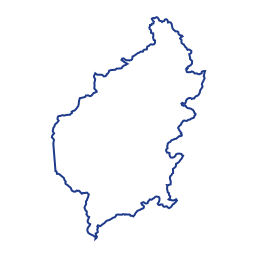 Eldorado, São Paulo, Brazil, rotated 181°
{"feature_id": "56859067B14328004408420", "entity_name": "Eldorado", "entity_type": "district", "adm_level": 2, "iso_a3": "BRA", "parent_name": "Brazil", "parent_adm1": "São Paulo", "projection": "albers", "projection_center": [-48.263, -24.501], "detail": "fine", "context": "isolated", "style": "outline", "palette": "blue", "viewbox_px": 256, "rotation_deg": 181, "n_neighbors": 0, "source": "geoboundaries", "source_scale": "gbopen_adm2", "svg_char_len": 5737}
<svg xmlns="http://www.w3.org/2000/svg" viewBox="0 0 256 256"><g transform="rotate(181 128 128)"><path d="M106.1,237.7L105.3,236.1L104.1,234.9L104.4,232.9L106.0,232.6L106.3,231.4L107.8,231.3L107.8,230.0L108.4,228.9L108.2,227.8L106.8,226.2L106.5,224.8L106.7,223.7L105.7,223.1L104.5,223.1L104.2,220.8L104.6,219.2L103.8,216.4L102.5,216.0L102.5,213.8L103.2,212.4L104.8,211.8L106.3,212.1L107.4,211.7L108.4,210.6L110.2,209.7L110.5,207.0L113.2,206.5L114.1,205.7L114.4,204.6L116.9,204.5L117.8,203.7L119.4,203.1L122.0,201.1L123.7,200.0L124.7,199.6L124.8,198.3L125.2,196.7L126.0,196.0L127.7,195.5L129.1,195.8L130.3,195.6L131.3,195.9L132.2,196.4L133.6,197.5L135.0,197.3L135.7,195.9L132.4,193.6L129.7,192.1L132.1,190.7L133.4,190.2L134.7,189.1L135.3,187.8L136.2,187.4L137.2,187.5L138.3,187.2L139.5,187.2L140.6,187.1L141.9,185.9L143.1,186.0L144.0,185.7L145.0,185.8L146.1,185.6L147.8,185.0L148.3,183.4L149.1,182.1L150.3,181.4L150.6,180.0L151.9,179.3L153.1,179.2L154.2,180.3L155.3,180.8L159.7,180.7L161.7,182.1L162.0,181.0L162.7,180.1L163.0,178.7L161.7,176.3L161.9,174.5L162.4,173.0L162.2,169.5L162.4,167.0L161.2,165.6L160.3,164.8L159.9,163.7L161.6,162.8L162.8,162.5L165.2,159.6L166.7,159.2L168.3,159.9L170.6,159.8L171.2,158.5L172.3,158.0L175.6,157.2L176.6,157.1L177.1,155.6L177.5,153.6L177.6,151.9L177.8,150.4L178.1,149.2L179.0,147.8L180.5,145.8L181.6,144.6L183.3,144.1L184.6,143.3L184.2,142.2L185.3,141.3L186.4,140.2L188.9,140.1L190.4,139.8L192.2,139.3L193.5,139.7L194.7,139.4L195.9,138.8L196.9,138.9L198.0,138.4L198.5,137.4L198.6,135.6L197.5,134.1L199.4,131.6L200.2,131.2L201.2,129.9L201.6,128.2L202.6,126.9L202.9,125.2L203.2,123.8L202.9,122.9L201.8,121.3L203.0,119.9L203.7,118.8L204.0,117.4L203.0,116.5L201.8,114.9L202.4,111.1L199.9,85.2L199.8,83.7L198.8,83.4L198.2,80.9L197.2,81.1L196.1,80.7L194.2,79.3L193.4,78.6L192.3,77.8L191.1,76.7L190.8,75.4L190.2,74.3L189.3,73.3L189.7,72.3L189.5,71.2L188.6,70.5L187.4,69.8L184.3,67.2L183.8,66.3L183.5,65.2L182.8,64.3L181.8,63.8L180.7,63.4L179.3,63.5L178.4,64.5L177.3,64.2L176.3,64.5L175.3,64.0L174.3,62.7L173.0,61.5L172.0,62.3L171.0,62.1L168.0,62.7L166.0,60.9L166.5,59.4L166.7,58.1L167.4,56.8L167.7,55.3L168.7,54.0L168.8,52.8L168.5,51.4L169.0,50.2L169.7,49.0L170.1,47.7L169.7,46.5L168.9,44.8L167.8,43.9L167.7,42.2L168.1,41.0L167.4,40.1L166.7,38.9L165.3,38.3L166.8,34.4L166.4,32.9L165.5,31.9L164.1,31.2L164.8,29.5L165.7,28.7L166.8,26.4L166.8,24.6L165.9,22.5L164.6,21.6L163.7,21.1L161.5,20.2L160.6,19.7L159.4,18.8L158.4,18.0L158.6,16.7L157.4,17.8L157.2,18.8L158.1,20.2L158.5,21.9L157.3,22.6L156.4,23.4L156.7,25.1L157.0,26.1L156.2,27.8L157.0,28.9L156.3,30.2L155.3,29.8L153.9,29.4L151.3,31.6L149.9,32.5L149.0,33.6L147.7,34.9L144.8,35.8L141.2,38.1L139.3,38.7L138.7,39.7L138.2,40.9L136.8,41.3L133.8,41.2L132.5,41.2L131.6,41.8L130.6,41.7L129.6,41.2L128.7,41.7L126.6,41.4L125.5,41.6L124.5,41.3L124.0,40.3L122.3,40.3L121.2,39.7L119.8,41.3L119.3,42.5L118.7,43.4L117.9,44.3L117.3,45.2L116.1,45.8L114.4,46.5L113.2,47.3L111.2,48.0L110.6,49.5L111.2,50.7L112.6,51.5L113.4,53.0L112.5,53.7L111.1,54.1L109.4,53.0L107.9,52.8L107.0,53.4L106.7,54.8L105.8,55.7L105.0,57.0L103.2,56.7L101.8,57.8L100.9,58.3L99.4,59.7L98.2,60.0L96.6,59.7L95.6,59.3L95.3,58.1L95.3,56.6L95.8,54.7L96.3,53.7L97.0,52.9L96.2,51.7L94.9,51.5L93.8,52.2L92.2,52.1L91.8,50.9L91.0,50.0L89.8,49.9L88.9,50.3L87.9,50.4L87.0,49.4L85.6,48.6L83.9,49.5L83.2,50.3L81.9,52.4L80.9,52.8L80.2,53.8L79.1,54.6L78.5,55.5L77.8,56.4L78.7,57.6L79.6,56.9L81.8,56.3L82.8,56.4L83.8,56.9L85.0,56.8L86.1,57.3L85.4,58.1L84.7,58.9L84.6,60.5L85.7,61.5L86.0,63.7L87.1,64.3L87.4,65.9L88.0,68.2L87.6,70.2L88.1,71.6L87.1,71.5L84.4,72.4L84.3,75.2L85.0,77.3L85.3,79.0L84.9,80.5L83.7,81.6L83.2,82.9L82.1,83.7L82.2,85.8L82.4,87.8L81.0,88.9L79.8,90.0L79.3,91.6L79.3,93.1L78.0,93.7L76.9,94.5L76.0,95.5L75.2,96.8L73.9,98.2L72.4,101.3L73.6,101.9L74.1,103.0L76.1,103.3L78.0,103.2L79.5,102.5L80.2,100.9L81.5,99.6L83.4,99.1L84.8,99.3L85.7,100.8L86.1,102.1L86.0,103.6L86.9,104.0L88.4,104.0L89.1,105.1L89.6,106.3L89.1,107.6L88.1,108.4L88.5,110.4L88.1,111.9L88.0,113.0L87.2,114.0L85.2,115.1L84.7,116.2L83.6,116.8L82.3,117.2L81.2,117.9L79.8,118.0L76.6,120.8L75.3,120.7L74.1,121.4L74.2,122.5L75.1,123.1L74.6,124.0L75.6,125.2L76.6,126.6L77.9,128.9L77.3,130.1L76.2,131.4L75.0,132.4L74.7,133.7L73.8,134.7L73.3,135.7L72.1,136.5L70.7,136.2L69.3,136.1L68.4,136.9L67.2,137.4L66.0,137.6L65.2,138.3L63.9,138.9L62.7,139.2L61.9,140.4L61.7,141.6L60.8,142.3L60.8,143.5L61.8,144.1L62.3,145.6L63.3,147.2L64.4,147.7L65.2,148.3L67.0,148.8L68.1,148.8L69.2,149.3L70.1,150.0L70.5,150.9L71.3,151.6L72.5,151.1L74.3,151.8L75.0,153.4L74.2,154.1L72.9,153.5L71.4,153.6L70.7,154.6L70.5,156.3L69.6,157.7L68.4,158.6L67.3,159.1L65.9,159.1L64.8,158.1L63.6,158.7L62.3,158.7L61.7,159.9L60.7,160.9L59.0,161.5L57.8,162.7L56.8,164.6L56.7,165.7L56.4,167.0L54.2,170.5L54.5,171.9L54.9,172.9L54.6,174.2L53.3,176.6L52.9,177.8L52.3,178.9L52.5,180.0L53.2,181.0L52.9,182.1L52.7,183.5L52.0,186.3L53.9,186.2L55.2,185.4L55.3,184.0L57.6,183.0L58.6,183.1L60.3,183.8L62.2,183.7L63.8,185.2L65.2,185.7L66.1,185.1L67.2,184.9L68.4,184.8L70.0,185.0L70.7,186.5L70.4,187.4L69.6,188.4L70.6,188.5L69.0,190.5L67.5,191.2L66.3,192.0L65.2,193.4L65.1,196.1L67.2,198.1L67.1,199.3L67.3,200.4L67.8,201.6L68.0,203.0L67.0,203.4L66.1,204.3L66.0,206.1L67.4,207.1L68.5,207.6L69.8,207.1L70.6,208.2L71.0,209.3L72.1,210.0L73.6,212.4L74.9,213.0L76.0,214.2L76.1,215.3L76.0,216.9L77.5,218.4L76.7,219.7L75.1,220.6L75.9,221.4L77.8,221.7L79.2,223.1L79.4,224.8L80.4,225.5L82.0,225.4L84.2,227.1L85.2,228.4L85.8,230.8L86.2,232.8L87.0,234.0L88.3,234.6L89.9,234.2L90.2,236.0L90.9,237.0L91.9,237.4L93.0,237.0L93.7,235.6L95.0,235.3L95.8,234.6L96.7,235.5L98.6,235.9L99.2,237.4L100.3,238.9L101.6,239.3L103.4,238.2L104.6,238.5L106.1,237.7Z" fill="none" stroke="#1e3a8a" stroke-width="2"/></g></svg>